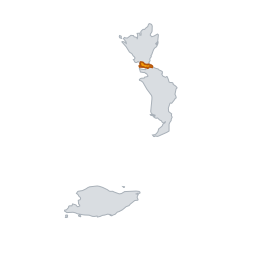 Lawas, Sarawak, Malaysia shown in context, rotated 290°
{"feature_id": "92858781B12558233193799", "entity_name": "Lawas", "entity_type": "district", "adm_level": 2, "iso_a3": "MYS", "parent_name": "Malaysia", "parent_adm1": "Sarawak", "projection": "robinson", "projection_center": [115.436, 4.467], "detail": "fine", "context": "in_parent", "style": "filled", "palette": "amber", "viewbox_px": 256, "rotation_deg": 290, "n_neighbors": 0, "source": "geoboundaries", "source_scale": "gbopen_adm2", "svg_char_len": 5603}
<svg xmlns="http://www.w3.org/2000/svg" viewBox="0 0 256 256"><g transform="rotate(290 128 128)"><path d="M215.4,127.2L214.0,126.9L212.2,125.7L210.3,125.2L204.8,125.2L204.0,124.8L202.9,125.5L201.0,124.9L199.9,125.0L198.7,125.8L196.9,125.1L196.1,126.2L195.0,126.9L193.8,130.1L193.5,133.8L193.8,136.1L193.2,137.3L193.0,139.9L192.6,141.1L191.0,141.6L190.3,141.2L188.9,142.8L188.6,143.4L188.5,146.0L189.6,146.8L189.6,147.3L187.3,149.4L185.4,150.7L185.1,151.7L185.8,154.0L185.5,155.0L184.5,155.5L183.7,158.4L182.8,160.2L182.4,160.4L181.1,159.8L175.8,160.6L174.3,162.1L172.8,163.0L171.6,162.1L171.0,162.2L166.2,160.6L166.0,159.2L165.5,159.0L160.5,159.1L157.3,160.6L156.2,164.2L154.5,164.5L153.3,165.8L151.1,165.6L149.8,166.0L147.6,165.4L145.6,165.3L139.2,167.6L137.2,166.0L130.9,159.5L130.1,158.4L129.9,156.4L129.2,156.1L128.9,155.6L128.8,155.0L129.8,153.4L130.8,155.4L132.3,156.6L135.0,157.4L137.5,157.1L141.1,159.2L142.2,159.6L143.4,159.4L145.6,161.0L147.0,161.1L145.2,160.0L144.9,159.1L145.1,158.2L146.2,156.9L146.4,154.9L147.3,152.9L147.5,152.0L146.8,151.3L146.7,150.1L147.2,148.4L148.4,149.3L149.3,149.1L149.3,146.0L150.1,144.6L151.3,143.7L163.3,140.6L165.3,139.9L166.6,139.0L170.9,132.5L176.1,126.3L176.8,124.2L176.7,122.6L177.0,122.3L177.6,122.1L178.7,122.9L179.3,123.5L180.4,126.1L181.4,126.2L183.0,128.7L183.4,129.0L183.9,128.8L185.2,127.2L185.6,126.1L185.3,125.9L185.9,124.5L185.4,123.6L184.9,120.5L187.9,118.3L187.9,120.9L188.8,124.5L190.3,125.1L191.1,124.8L190.7,123.7L190.5,121.6L190.1,120.1L189.2,118.3L191.7,117.9L193.6,116.0L193.9,114.7L192.7,114.0L192.2,113.1L192.2,112.1L194.2,109.7L194.4,110.4L195.6,110.6L196.2,110.6L197.1,109.6L197.5,108.3L199.1,106.3L199.9,103.3L203.7,98.5L206.8,92.8L207.4,93.3L207.6,94.8L206.9,97.5L208.2,96.8L210.5,93.1L211.9,93.7L211.8,94.7L212.3,96.6L216.1,99.1L216.7,101.6L215.8,102.5L216.1,104.9L215.8,105.6L214.6,106.3L218.0,105.6L220.0,104.2L221.2,106.6L219.2,107.5L219.7,108.5L221.5,107.9L222.6,107.1L223.7,107.3L225.5,108.2L226.0,108.7L226.3,109.9L227.6,110.3L230.2,111.9L232.6,111.8L233.5,112.6L233.4,114.7L232.1,115.9L227.2,117.5L225.9,117.5L224.1,116.9L222.8,117.2L221.9,119.2L223.4,121.1L226.0,123.2L226.4,123.7L225.9,124.7L220.0,126.2L218.8,126.1L216.7,125.1L215.4,127.2ZM27.6,99.5L28.3,96.7L29.2,96.6L30.1,98.2L33.1,99.4L34.0,99.0L34.5,99.3L34.9,99.7L35.7,101.9L37.7,101.9L37.9,105.4L37.0,106.8L36.8,107.7L38.2,109.3L39.1,108.9L39.8,107.5L43.0,106.0L44.3,107.6L45.5,107.6L46.4,107.0L47.1,105.2L48.4,103.7L48.9,101.9L50.8,102.4L51.5,102.8L53.6,106.6L56.3,109.2L58.3,110.7L59.6,112.1L63.0,118.9L63.4,121.1L63.5,124.5L63.0,129.6L62.3,132.1L62.5,133.3L63.3,135.2L63.1,136.9L63.1,142.3L64.2,144.3L67.1,146.6L71.5,157.1L72.2,160.0L71.8,161.2L71.0,161.5L70.4,160.9L70.0,159.4L68.9,158.3L69.0,160.4L67.2,160.1L65.8,160.4L64.3,161.9L63.5,161.9L62.2,159.2L57.3,156.2L55.4,155.5L53.5,153.2L49.2,150.7L46.4,148.2L45.3,146.7L42.5,145.4L41.2,143.8L40.1,142.9L40.7,141.4L40.1,138.4L38.1,135.7L37.2,133.9L35.3,132.0L33.9,129.7L34.7,129.0L33.3,126.5L32.8,124.7L32.8,121.3L31.3,116.6L30.1,109.9L30.3,107.6L30.0,105.1L27.6,99.5ZM210.7,90.6L210.0,91.3L209.9,89.5L210.7,88.6L212.0,88.4L212.0,90.0L211.7,90.4L210.7,90.6ZM24.7,99.2L25.5,100.5L24.9,101.3L24.4,101.1L23.6,101.7L22.6,100.4L22.5,99.8L23.6,99.9L24.7,99.2ZM148.8,148.6L148.4,148.8L147.9,148.4L147.8,144.7L148.2,144.3L148.6,145.1L148.8,148.6ZM29.9,112.1L29.1,113.8L28.3,113.6L28.4,111.6L28.9,111.4L29.9,112.1ZM218.7,127.0L217.2,127.3L216.2,127.2L216.3,126.3L216.8,126.1L218.7,127.0ZM71.6,144.8L70.8,144.8L70.6,144.3L71.2,143.1L71.6,144.8ZM40.3,141.6L39.8,141.9L39.8,141.1L40.2,140.7L40.3,141.6Z" fill="#d9dde1" stroke="#a8b0b8" stroke-width="1"/><path d="M193.8,130.1L194.0,130.0L194.3,130.0L194.4,129.9L194.5,129.8L194.6,129.7L194.8,129.2L194.9,128.8L195.0,128.5L195.0,128.4L195.1,128.1L195.1,127.8L194.9,127.7L194.7,127.5L194.7,127.4L194.6,127.2L194.6,126.9L194.6,126.7L194.7,126.3L194.7,126.1L194.8,126.0L194.9,125.8L195.0,125.6L194.9,125.3L194.9,125.1L194.7,125.0L194.4,124.9L194.2,124.8L194.1,124.7L194.1,124.4L194.2,124.2L194.1,123.9L194.0,123.6L193.9,123.4L193.9,123.2L194.0,123.1L194.0,122.9L193.9,122.6L193.9,122.4L193.8,122.2L193.7,122.0L193.7,121.8L193.7,121.6L193.8,121.4L194.0,121.3L194.1,121.2L194.3,120.8L194.3,120.6L194.5,120.3L194.5,120.1L194.6,119.9L194.8,119.8L194.8,119.5L194.8,119.3L194.8,119.1L194.8,118.9L194.7,118.4L194.6,118.1L194.6,117.9L194.5,117.5L194.5,117.4L194.4,117.2L194.1,117.1L193.6,117.2L193.4,117.3L193.2,117.4L193.1,117.5L192.7,117.3L192.3,117.4L192.3,117.5L192.2,117.5L191.9,117.7L191.9,117.8L192.0,118.0L191.9,118.1L191.6,118.3L191.3,118.3L191.1,118.2L190.8,118.0L190.6,118.0L190.4,117.9L190.3,117.7L190.2,117.3L189.9,117.4L189.8,117.5L189.9,117.8L189.7,117.9L189.3,118.1L189.2,118.2L189.2,118.3L189.3,118.5L189.5,118.6L189.7,118.8L189.7,119.0L189.9,119.2L190.2,119.5L190.3,119.5L190.2,119.6L190.2,119.9L190.1,120.0L190.3,120.1L190.3,120.3L190.5,120.5L190.4,120.6L190.3,120.8L190.5,120.9L190.6,121.0L190.4,121.3L190.6,121.4L190.6,121.5L190.8,121.6L190.8,121.8L190.7,122.0L190.8,122.2L190.8,122.3L190.7,122.4L190.6,122.5L190.6,122.8L190.6,123.0L190.7,123.3L190.6,123.5L190.6,123.8L190.7,124.1L190.8,124.2L190.9,124.4L191.0,124.5L191.3,124.7L191.3,124.8L191.4,125.0L191.5,125.1L191.5,125.3L191.4,125.5L191.2,125.7L190.9,125.8L190.8,126.0L191.0,126.3L191.3,126.6L191.6,126.8L191.8,126.8L192.0,126.8L192.3,126.9L192.5,127.1L192.7,127.4L192.7,127.6L192.8,127.7L193.0,127.8L193.1,128.1L192.9,128.3L192.9,128.7L192.9,128.8L193.0,129.0L193.1,129.4L193.1,129.5L193.1,129.9L193.1,130.0L193.3,130.0L193.5,130.0L193.8,130.1Z" fill="#f59e0b" stroke="#b45309" stroke-width="1.5"/></g></svg>